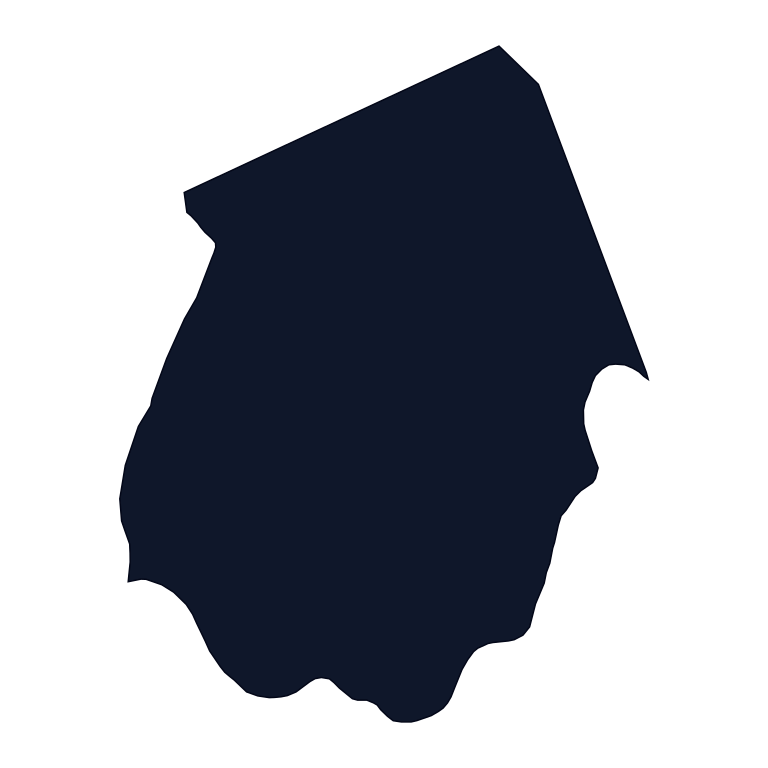 Júlio Borges, Piauí, Brazil
{"feature_id": "56859067B47361229033127", "entity_name": "Júlio Borges", "entity_type": "district", "adm_level": 2, "iso_a3": "BRA", "parent_name": "Brazil", "parent_adm1": "Piauí", "projection": "orthographic", "projection_center": [-44.174, -10.418], "detail": "fine", "context": "isolated", "style": "filled", "palette": "ink", "viewbox_px": 768, "rotation_deg": 0, "n_neighbors": 0, "source": "geoboundaries", "source_scale": "gbopen_adm2", "svg_char_len": 1521}
<svg xmlns="http://www.w3.org/2000/svg" viewBox="0 0 768 768"><path d="M499.0,46.1L341.5,119.3L308.1,134.8L184.2,192.5L186.9,212.4L191.1,215.8L197.8,223.0L200.8,227.3L205.1,232.4L211.4,238.1L215.5,242.8L215.8,247.2L213.9,253.2L211.9,258.0L196.7,297.8L184.5,318.9L166.7,358.5L152.1,398.3L150.8,405.9L138.4,426.4L125.3,465.3L119.8,498.8L121.6,520.9L125.1,531.1L129.7,544.0L130.1,553.3L130.2,562.0L128.2,581.7L141.0,579.1L146.1,579.3L161.7,584.7L173.7,592.2L186.2,604.4L192.6,614.2L196.6,623.1L205.3,641.2L209.7,651.0L220.3,666.6L224.8,672.3L229.8,676.5L234.3,680.1L246.6,691.9L257.8,695.9L269.3,697.6L274.6,697.4L281.0,696.8L287.3,695.6L296.1,691.9L309.9,681.6L315.1,678.6L321.4,677.5L329.4,678.8L334.0,682.6L339.5,688.2L352.4,698.7L357.5,700.1L366.7,700.1L373.4,702.8L377.2,705.0L380.7,709.7L387.6,716.4L393.2,720.7L401.2,721.9L411.3,721.9L416.9,720.6L431.3,715.6L438.5,711.4L443.1,708.1L447.5,702.9L451.0,696.9L455.1,686.5L462.0,669.5L467.7,659.6L473.5,651.7L477.7,648.2L488.0,643.5L492.9,642.5L508.5,640.9L514.2,639.7L523.0,635.1L529.6,626.9L535.5,603.9L544.2,583.1L546.3,572.6L549.8,563.2L552.7,548.2L554.5,542.5L558.3,525.0L561.1,515.8L566.1,510.1L575.1,496.4L580.7,490.8L592.6,482.6L595.4,478.4L598.1,467.9L591.7,450.7L585.1,430.2L583.7,423.8L583.4,410.0L585.0,402.1L589.6,391.2L592.2,382.4L595.4,375.6L601.8,369.1L608.8,364.8L615.5,364.1L624.9,364.8L632.7,368.1L639.0,371.8L643.8,376.3L648.2,379.4L646.3,372.4L588.8,219.1L586.4,212.6L538.4,84.4L499.0,46.1Z" fill="#0f172a" stroke="#020617" stroke-width="1.5"/></svg>